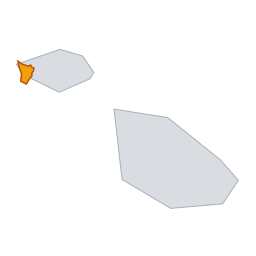 San Lawrenz on a map of Malta (Mercator projection), rotated 354°
{"feature_id": "MLT-5974", "entity_name": "San Lawrenz", "entity_type": "state/province", "adm_level": 1, "iso_a3": "MLT", "parent_name": "Malta", "parent_adm1": "", "projection": "mercator", "projection_center": [14.198, 36.047], "detail": "fine", "context": "in_parent", "style": "filled", "palette": "amber", "viewbox_px": 256, "rotation_deg": 354, "n_neighbors": 0, "source": "natural_earth", "source_scale": "10m", "svg_char_len": 560}
<svg xmlns="http://www.w3.org/2000/svg" viewBox="0 0 256 256"><g transform="rotate(354 128 128)"><path d="M232.3,191.6L214.2,213.3L162.1,212.4L116.7,178.6L116.1,107.8L168.6,121.8L216.5,169.3L232.3,191.6ZM95.7,74.9L63.3,85.2L31.2,65.1L23.7,53.0L68.5,42.7L90.4,51.7L99.7,69.1L95.7,74.9Z" fill="#d9dde1" stroke="#a8b0b8" stroke-width="1"/><path d="M31.5,73.7L26.2,70.2L27.8,63.0L25.9,55.7L25.5,50.0L29.7,53.6L35.4,56.1L37.7,55.2L38.8,57.5L40.7,58.6L39.8,61.6L38.0,63.4L38.0,65.9L34.4,69.7L31.5,73.7Z" fill="#f59e0b" stroke="#b45309" stroke-width="1.5"/></g></svg>